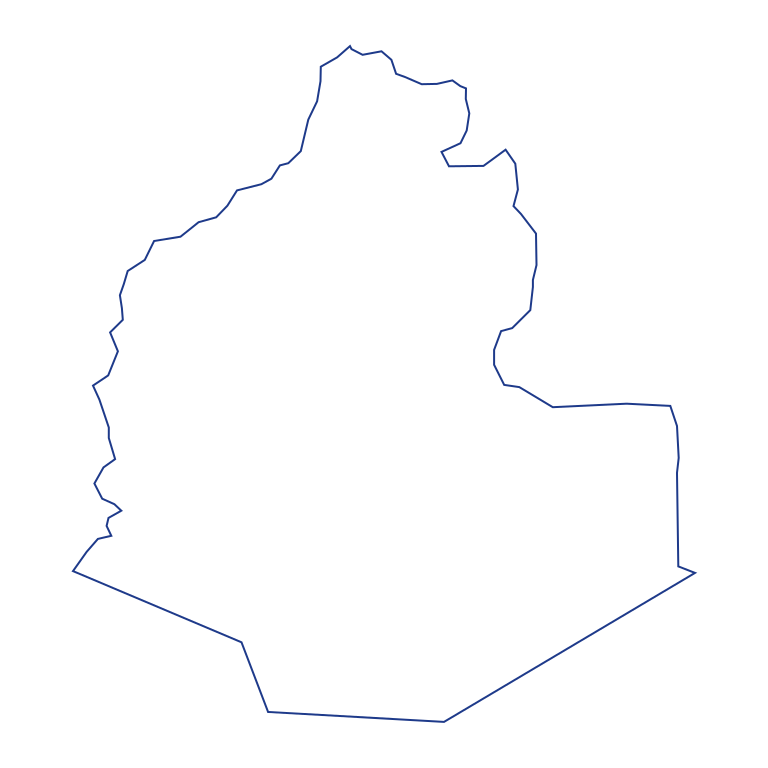 the district of Prastio Kellakiou, Limassol, Cyprus
{"feature_id": "46923920B33838275162727", "entity_name": "Prastio Kellakiou", "entity_type": "district", "adm_level": 2, "iso_a3": "CYP", "parent_name": "Cyprus", "parent_adm1": "Limassol", "projection": "robinson", "projection_center": [33.132, 34.803], "detail": "fine", "context": "isolated", "style": "outline", "palette": "blue", "viewbox_px": 768, "rotation_deg": 0, "n_neighbors": 0, "source": "geoboundaries", "source_scale": "gbopen_adm2", "svg_char_len": 1184}
<svg xmlns="http://www.w3.org/2000/svg" viewBox="0 0 768 768"><path d="M350.0,46.1L337.1,57.4L320.8,66.7L320.5,81.2L317.1,101.3L308.3,119.6L300.8,151.1L288.3,163.2L279.9,165.4L271.4,178.7L261.4,184.2L237.0,190.4L227.4,205.7L216.2,217.3L198.6,222.2L180.5,236.7L154.1,241.0L144.8,259.9L127.7,271.0L123.8,284.1L119.9,295.2L121.9,308.2L122.8,319.8L110.1,332.4L117.9,351.3L108.2,375.4L93.0,385.6L99.4,399.6L108.8,427.5L108.8,438.0L115.1,459.1L103.5,467.4L94.4,483.5L102.2,498.7L114.4,504.2L121.3,510.7L108.5,517.9L106.6,525.9L111.3,535.8L97.9,538.9L86.6,551.9L73.0,571.1L241.5,642.3L268.1,712.0L268.7,712.0L444.0,721.9L448.9,719.0L695.0,572.9L678.3,566.4L677.0,472.8L678.7,457.9L677.0,426.0L670.3,405.9L626.6,403.7L552.8,407.2L519.3,387.1L504.2,384.9L494.1,364.8L494.1,349.9L501.1,331.1L512.2,328.1L530.3,310.1L532.9,287.0L532.9,280.0L536.5,265.1L536.0,233.6L521.0,214.0L513.5,206.1L517.9,189.5L515.3,163.7L505.6,149.7L483.5,165.9L449.0,166.3L441.5,151.9L460.5,143.2L466.7,130.5L469.3,113.4L465.8,99.0L466.0,88.4L460.3,86.1L452.4,80.4L436.9,83.9L421.7,84.2L405.0,77.0L396.1,73.8L391.4,59.8L381.5,51.3L362.6,54.8L351.5,49.1L350.0,46.1Z" fill="none" stroke="#1e3a8a" stroke-width="2"/></svg>